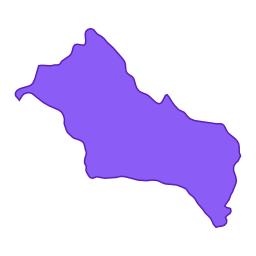 Rivera, Robinson projection
{"feature_id": "URY-14", "entity_name": "Rivera", "entity_type": "Department", "adm_level": 1, "iso_a3": "URY", "parent_name": "Uruguay", "parent_adm1": "", "projection": "robinson", "projection_center": [-55.345, -31.483], "detail": "fine", "context": "isolated", "style": "filled", "palette": "violet", "viewbox_px": 256, "rotation_deg": 0, "n_neighbors": 0, "source": "natural_earth", "source_scale": "10m", "svg_char_len": 2465}
<svg xmlns="http://www.w3.org/2000/svg" viewBox="0 0 256 256"><path d="M64.0,59.6L69.0,56.2L70.9,54.3L72.0,51.9L73.4,46.6L75.1,44.6L77.6,44.3L80.8,44.9L83.7,45.2L85.5,43.6L85.7,40.6L85.2,34.2L85.8,31.5L87.9,29.4L90.7,28.7L93.4,29.5L97.1,33.9L101.9,36.7L104.0,38.5L106.9,42.1L113.0,47.7L122.7,58.8L124.7,61.8L125.4,64.3L125.8,69.9L126.7,72.5L128.2,74.0L132.5,76.9L134.0,79.3L135.8,85.7L137.0,88.5L139.0,91.0L141.2,92.4L146.3,94.4L148.8,95.9L155.0,101.7L157.6,103.4L159.6,103.7L161.3,102.8L163.0,100.3L165.5,95.3L167.2,94.7L169.5,97.7L171.6,101.4L175.0,105.9L178.7,109.8L184.1,112.3L185.7,114.1L187.2,116.1L188.9,117.8L190.6,119.0L194.6,120.6L216.3,123.8L220.8,123.7L222.7,124.4L224.4,126.1L226.8,131.0L228.2,133.1L235.1,138.7L237.0,140.8L238.6,143.6L239.1,146.4L239.3,152.7L240.6,156.1L240.0,157.0L238.2,160.7L237.8,161.3L236.8,161.9L235.5,163.4L234.4,165.1L233.7,166.6L233.5,170.4L235.8,177.2L236.4,181.0L235.7,183.8L232.6,191.6L230.8,194.9L229.1,199.5L224.7,205.9L226.7,207.6L228.9,208.0L230.5,208.6L231.0,211.2L230.2,213.2L226.8,215.8L225.5,217.7L226.8,220.1L226.4,222.9L224.5,225.2L221.5,226.2L218.7,226.5L216.0,227.3L214.1,225.1L213.2,223.7L211.6,220.1L209.9,217.5L205.1,212.8L203.0,209.6L197.6,203.3L195.3,199.3L193.4,197.0L189.8,194.1L189.3,193.6L186.7,189.9L186.2,189.3L185.7,188.8L182.7,187.3L177.0,185.1L175.4,184.8L165.4,183.9L162.8,183.0L157.8,180.7L155.8,180.3L151.7,180.1L146.3,180.7L138.2,180.1L125.5,176.8L121.7,176.4L119.8,176.5L116.5,177.4L105.1,178.2L101.4,177.7L97.8,176.9L96.9,176.8L96.0,177.0L93.9,177.9L93.1,178.1L92.2,178.1L91.2,178.0L90.2,177.5L89.2,176.5L87.8,174.4L86.6,172.1L86.0,170.6L86.0,169.7L86.2,166.9L86.1,166.1L85.8,165.4L85.0,164.1L84.7,163.4L84.6,162.5L84.5,161.6L84.7,159.6L85.1,157.7L86.2,154.4L86.3,153.5L86.3,152.5L86.2,151.7L85.6,150.2L84.4,145.2L83.9,143.6L83.1,142.3L82.3,141.6L81.1,140.8L78.6,139.7L74.3,138.3L73.3,137.8L72.4,137.1L68.0,133.0L67.4,132.3L67.1,131.7L66.6,130.7L66.3,130.0L64.3,124.0L64.2,123.1L64.4,120.2L64.3,118.3L64.1,117.5L63.6,115.9L62.2,113.1L61.7,112.4L61.0,111.7L58.8,110.0L49.3,105.9L43.1,102.3L32.3,93.7L31.6,93.3L29.7,92.8L27.2,92.8L26.3,93.0L24.1,93.9L22.4,95.4L19.3,100.3L18.2,98.7L16.1,96.5L15.7,95.7L15.4,94.7L15.4,93.8L15.5,92.9L16.1,91.8L17.0,90.6L18.9,89.3L20.6,88.5L29.7,85.8L31.3,84.7L32.7,83.4L34.3,80.2L35.2,77.9L38.7,65.7L41.9,65.3L50.5,65.8L54.6,65.0L57.8,64.9L59.0,64.6L60.1,63.8L60.6,63.0L61.1,62.1L61.9,61.1L64.0,59.6Z" fill="#8b5cf6" stroke="#5b21b6" stroke-width="1.5"/></svg>